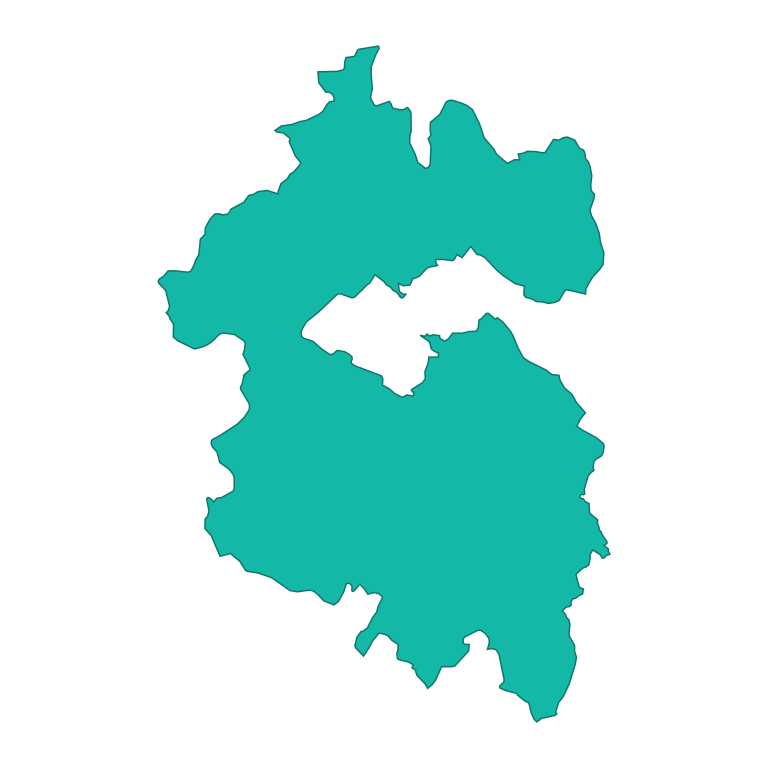 Vi Xuyen, Hà Giang, Vietnam
{"feature_id": "81297802B6357673458882", "entity_name": "Vi Xuyen", "entity_type": "district", "adm_level": 2, "iso_a3": "VNM", "parent_name": "Vietnam", "parent_adm1": "Hà Giang", "projection": "robinson", "projection_center": [104.991, 22.763], "detail": "fine", "context": "isolated", "style": "filled", "palette": "teal", "viewbox_px": 768, "rotation_deg": 0, "n_neighbors": 0, "source": "geoboundaries", "source_scale": "gbopen_adm2", "svg_char_len": 6110}
<svg xmlns="http://www.w3.org/2000/svg" viewBox="0 0 768 768"><path d="M497.3,317.7L496.2,318.9L494.6,318.7L488.6,313.5L486.5,313.3L481.2,318.9L479.1,320.0L478.2,327.8L476.5,331.1L468.6,331.6L461.8,333.3L452.7,333.1L448.7,338.5L445.0,341.2L440.0,338.6L439.6,335.7L433.5,334.7L429.5,336.0L427.1,334.1L424.9,336.3L420.2,335.3L429.5,341.9L431.3,348.9L434.8,351.6L438.1,352.9L438.6,353.7L438.4,357.1L428.8,357.1L428.2,362.8L424.9,371.8L425.3,378.7L422.6,382.6L411.4,389.6L411.6,390.8L413.8,393.0L413.6,395.3L412.4,396.0L407.0,394.9L402.2,397.4L394.4,393.3L389.9,389.2L382.5,385.1L382.8,378.6L381.2,375.7L355.3,366.0L352.3,364.2L351.0,362.3L352.2,358.9L351.9,356.8L348.9,354.1L344.6,351.7L337.2,350.4L332.7,354.3L329.8,354.5L321.6,349.0L313.1,341.4L303.5,338.2L301.6,336.1L301.1,332.4L302.1,329.3L306.4,321.9L318.8,311.8L337.8,293.8L340.4,293.8L352.0,297.9L354.7,297.1L367.8,284.2L369.5,283.5L375.0,274.6L384.4,282.0L386.6,285.1L390.4,287.1L393.1,290.4L397.1,292.5L400.1,296.9L401.5,297.9L403.0,297.7L405.9,294.3L402.9,294.0L399.9,292.0L399.0,289.4L398.5,283.3L403.1,285.7L409.9,285.2L412.7,278.9L419.3,276.4L426.4,268.7L429.2,267.2L437.5,265.5L435.9,262.5L435.7,260.0L436.4,259.5L442.7,259.4L452.6,260.7L454.5,259.3L456.8,254.5L462.0,257.6L470.8,246.5L476.9,254.4L480.6,255.1L485.0,257.7L496.9,270.3L503.1,275.5L515.2,283.7L524.4,286.1L523.8,294.6L525.5,297.2L531.9,299.0L536.6,301.6L541.9,301.8L548.4,303.4L554.3,302.5L559.2,300.4L564.6,291.1L566.9,289.7L585.6,294.0L585.8,289.0L589.2,282.7L592.9,276.7L599.2,270.0L603.1,264.6L603.8,252.8L600.5,242.3L599.2,233.2L595.9,223.8L591.5,215.7L590.5,212.4L590.2,209.5L594.0,198.2L594.3,193.9L592.5,192.5L591.0,189.5L590.8,184.4L591.8,175.8L590.1,166.7L588.4,162.0L585.5,158.5L584.9,153.2L583.4,149.9L580.3,148.8L579.0,147.4L574.8,140.2L567.4,137.1L564.0,137.5L558.7,140.1L553.6,139.4L545.1,152.5L542.7,152.9L536.1,151.6L527.7,151.3L522.6,153.4L518.2,154.0L519.8,159.8L514.4,159.8L507.3,163.3L496.6,154.3L493.8,149.1L484.3,138.0L479.3,123.3L472.3,109.5L467.0,105.6L462.7,103.5L452.5,100.3L449.1,100.4L446.2,101.9L439.8,114.4L430.4,122.4L430.2,130.8L430.9,135.2L428.2,138.7L431.0,146.1L430.2,163.4L429.5,165.7L427.5,167.9L425.3,168.3L417.9,162.6L415.0,153.8L409.7,143.0L409.8,135.7L411.2,131.2L411.0,113.7L410.3,111.1L408.1,108.0L407.1,107.5L403.6,109.6L400.1,109.7L392.6,108.2L391.1,103.9L389.3,101.4L376.2,106.0L374.0,104.6L371.0,99.0L370.6,96.9L372.3,88.9L371.1,73.4L371.3,66.3L375.2,56.1L379.2,48.1L378.4,46.1L358.7,49.3L357.5,50.1L354.5,56.4L345.9,57.6L344.8,61.8L344.3,68.5L343.2,69.8L337.4,71.4L318.0,71.8L318.8,82.8L325.8,92.1L329.9,92.4L332.8,94.7L334.1,98.2L334.0,101.2L329.7,101.7L327.0,104.4L323.0,111.2L318.7,114.5L305.8,120.6L300.1,121.5L292.2,124.4L281.4,126.0L274.9,130.4L277.2,132.1L283.3,132.9L289.7,138.1L290.2,139.0L289.2,141.7L295.4,156.1L300.7,162.6L300.3,164.2L294.1,171.6L290.0,174.2L287.3,178.8L281.0,183.5L278.2,191.2L278.0,193.9L267.1,190.4L257.9,191.7L253.8,194.2L248.7,195.5L243.8,202.3L231.0,209.1L229.4,212.3L227.4,214.2L222.7,214.9L219.3,213.8L214.9,214.0L210.1,219.1L205.3,228.0L205.0,234.3L200.4,239.1L198.8,254.8L195.6,260.1L194.2,264.6L190.7,271.4L187.8,272.2L175.2,270.8L168.1,270.9L163.8,276.1L159.4,279.0L158.1,281.4L159.1,283.6L165.7,290.4L169.6,306.3L168.2,310.8L166.2,312.7L168.9,315.6L170.1,319.0L173.5,323.9L173.3,337.0L177.7,340.7L194.4,348.9L202.2,347.0L207.4,344.7L211.9,341.7L219.2,334.5L222.5,333.0L234.2,334.3L243.1,340.2L245.3,342.8L244.6,349.3L243.0,354.3L250.1,368.8L249.5,370.3L243.9,374.9L242.7,382.2L240.5,387.6L240.6,389.3L249.3,403.9L249.5,408.2L248.7,410.6L244.5,417.0L237.3,424.2L219.7,435.7L212.1,439.7L211.2,441.7L211.4,444.4L212.7,447.2L217.1,452.2L219.8,462.5L228.9,469.0L232.9,474.1L234.1,477.1L234.3,488.9L233.2,491.0L221.7,497.5L216.6,498.4L213.6,502.2L212.1,499.9L209.0,497.7L208.1,497.5L206.7,498.9L209.0,511.1L207.7,515.9L205.2,519.1L204.9,528.6L211.2,535.6L220.1,556.3L230.4,553.5L239.9,561.4L245.5,570.3L247.4,571.4L257.7,572.9L271.7,577.7L290.1,590.6L297.6,591.8L307.1,590.4L311.4,590.4L313.8,591.3L317.7,594.4L324.0,601.0L334.1,604.9L338.5,601.4L343.7,591.9L346.2,584.0L347.3,583.4L349.6,583.4L351.6,585.4L352.1,586.7L351.8,590.7L352.6,591.4L354.0,591.0L359.8,584.2L364.1,588.6L367.9,594.2L374.3,592.5L379.1,593.9L382.7,597.0L378.0,606.9L376.7,612.0L372.5,617.8L367.3,628.1L362.7,631.4L361.1,631.5L356.9,637.4L354.9,645.5L355.6,647.8L363.5,656.1L369.2,647.6L372.3,641.3L379.1,633.1L385.5,634.5L388.1,635.9L391.7,640.2L398.1,644.5L397.8,651.0L396.8,653.3L397.4,658.4L398.7,659.6L408.0,661.9L413.3,664.7L412.0,667.8L415.2,669.8L416.9,675.3L425.6,684.4L427.6,688.4L432.2,684.6L435.5,680.3L441.6,666.7L452.0,666.7L454.8,666.0L468.6,651.0L469.2,644.4L464.6,644.4L463.3,642.9L463.1,639.7L464.4,637.1L478.5,630.0L480.6,630.3L485.3,633.4L488.9,638.3L489.4,642.3L487.5,649.3L491.3,648.6L494.6,649.1L496.2,650.0L499.0,654.4L504.1,679.5L503.9,682.0L499.8,685.8L499.9,688.0L505.4,690.4L516.8,693.5L517.6,695.2L524.6,700.8L528.8,702.9L531.4,713.4L534.1,719.3L536.8,721.9L541.5,718.4L555.1,715.4L556.8,713.9L555.7,711.9L558.6,702.4L563.1,696.8L569.2,683.9L575.1,664.8L576.5,657.6L574.6,651.3L574.6,645.4L569.8,637.0L569.0,634.1L569.9,624.5L569.0,620.1L566.7,617.5L565.2,614.0L562.3,611.1L566.0,607.1L569.5,606.5L571.4,604.9L570.7,602.9L572.6,598.9L575.7,598.3L579.2,595.4L582.5,594.1L583.5,589.1L579.2,587.2L575.9,574.4L582.6,568.2L586.2,566.8L588.8,564.7L590.2,558.1L589.9,554.9L592.7,549.9L600.2,554.7L602.4,558.2L604.3,557.8L606.1,555.6L609.9,554.3L608.3,551.1L608.3,548.8L603.9,545.4L606.9,543.5L607.0,541.9L601.9,534.3L601.1,531.8L599.2,529.9L598.9,526.8L597.5,524.3L597.7,520.0L589.6,513.1L589.1,503.5L585.0,501.5L583.5,499.0L580.6,498.2L579.6,496.3L581.5,494.2L583.4,494.8L584.8,493.9L584.2,489.6L588.1,476.1L590.5,472.9L594.0,470.3L593.1,468.0L593.9,461.8L595.5,459.6L601.5,455.8L603.2,452.3L604.1,445.8L603.2,443.4L596.2,437.6L582.7,430.3L576.8,426.2L580.5,419.0L585.4,412.8L576.7,402.9L572.0,394.4L564.7,388.1L560.1,380.4L559.0,375.3L551.9,374.6L546.5,370.3L529.2,361.7L523.4,357.8L518.2,348.3L512.9,335.4L510.2,330.9L503.0,322.2L497.3,317.7Z" fill="#14b8a6" stroke="#0f766e" stroke-width="1.5"/></svg>